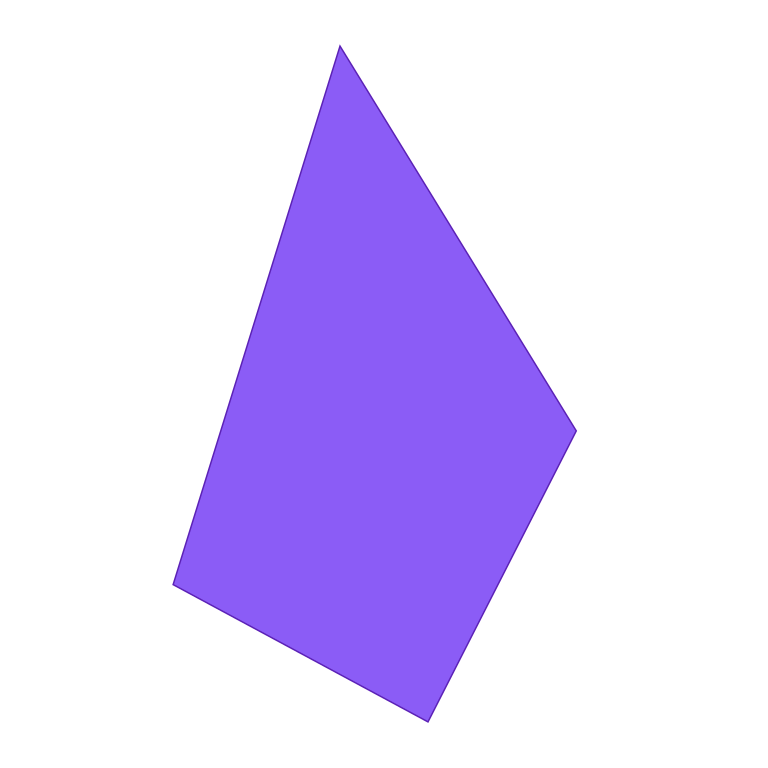 an SVG outline of Island Harbour, rotated 297°
{"feature_id": "AIA-5117", "entity_name": "Island Harbour", "entity_type": "District", "adm_level": 1, "iso_a3": "AIA", "parent_name": "Anguilla", "parent_adm1": "", "projection": "natural_earth1", "projection_center": [-63.003, 18.271], "detail": "fine", "context": "isolated", "style": "filled", "palette": "violet", "viewbox_px": 768, "rotation_deg": 297, "n_neighbors": 0, "source": "natural_earth", "source_scale": "10m", "svg_char_len": 231}
<svg xmlns="http://www.w3.org/2000/svg" viewBox="0 0 768 768"><g transform="rotate(297 384 384)"><path d="M109.5,287.2L665.1,191.4L429.5,576.6L102.9,576.6L109.5,287.2Z" fill="#8b5cf6" stroke="#5b21b6" stroke-width="1.5"/></g></svg>